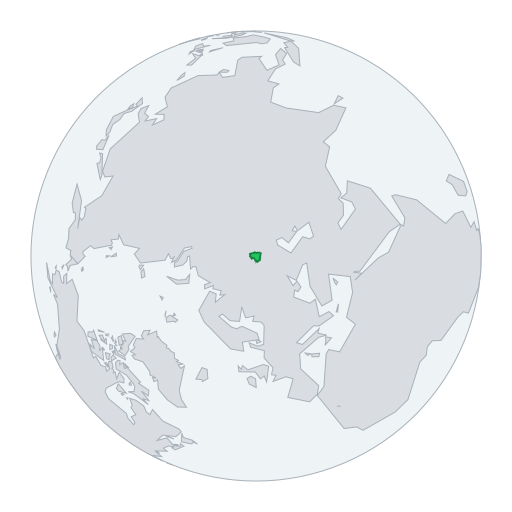 the Earth from above Samara, rotated 247°
{"feature_id": "RUS-2392", "entity_name": "Samara", "entity_type": "Region", "adm_level": 1, "iso_a3": "RUS", "parent_name": "Russia", "parent_adm1": "", "projection": "orthographic", "projection_center": [50.566, 53.218], "detail": "fine", "context": "on_globe", "style": "filled", "palette": "green", "viewbox_px": 512, "rotation_deg": 247, "n_neighbors": 0, "source": "natural_earth", "source_scale": "10m", "svg_char_len": 13306}
<svg xmlns="http://www.w3.org/2000/svg" viewBox="0 0 512 512"><g transform="rotate(247 256 256)"><circle cx="256" cy="256" r="225" fill="#eef3f6" stroke="#a8b0b8"/><path d="M232.0,32.0L240.9,31.7L243.6,35.6L237.7,35.2L239.0,36.6L246.5,37.3L251.0,37.5L265.6,46.5L289.3,54.5L299.8,54.6L295.1,56.9L317.1,55.9L331.9,60.7L313.3,56.9L309.9,57.9L319.0,61.7L317.5,63.6L321.1,66.6L318.5,68.7L307.8,66.9L305.9,68.3L312.5,71.0L314.0,75.1L304.7,70.9L306.4,77.7L288.9,76.9L266.0,65.7L254.3,68.6L225.6,66.5L226.3,69.2L215.8,70.6L212.7,74.4L208.2,73.4L209.6,77.3L214.3,77.6L216.4,79.6L215.0,81.9L209.1,80.9L208.9,79.5L206.5,80.5L204.1,79.0L204.5,81.1L197.5,79.8L202.3,84.6L194.9,86.6L190.8,84.8L194.1,80.3L192.9,66.4L189.8,64.0L182.1,64.6L161.6,75.2L157.0,74.7L148.6,77.5L149.8,79.6L156.8,78.3L156.9,83.4L165.4,81.7L166.7,83.7L174.3,84.2L170.0,89.2L161.7,94.1L155.2,94.1L151.4,96.4L155.1,100.8L140.5,105.7L126.7,117.6L123.3,118.5L121.1,111.7L127.6,100.0L124.8,92.8L123.4,102.9L114.8,105.8L112.1,108.7L110.7,111.9L112.7,113.1L109.1,115.4L109.1,105.9L112.4,103.6L112.4,106.5L115.3,101.2L115.3,95.6L111.0,97.9L115.5,88.2L112.5,89.9L111.8,88.9L116.3,86.8L108.3,90.7L112.9,82.8L103.6,90.1L105.8,88.1L116.2,79.5L123.4,74.0L131.2,68.4L130.6,68.8L146.1,59.3L162.3,51.1L179.1,44.2L196.4,38.7L214.1,34.7L232.0,32.0ZM98.1,95.4L100.9,92.7L98.5,95.1L98.1,95.4ZM253.3,37.4L246.8,37.2L240.6,36.1L246.2,35.9L253.3,37.4ZM264.8,40.9L261.3,41.0L260.2,38.9L262.5,39.4L264.8,40.9ZM307.7,54.5L302.6,52.9L308.0,53.9L307.7,54.5ZM322.0,66.7L323.9,66.7L324.9,68.3L322.0,66.7ZM176.1,81.4L175.2,82.7L174.3,81.9L176.1,81.4ZM180.3,80.5L179.9,78.6L181.8,77.9L182.0,79.0L180.3,80.5ZM321.9,73.1L323.0,76.0L320.1,72.7L321.9,73.1ZM180.4,83.0L185.2,76.8L188.6,75.7L192.2,79.3L180.4,83.0ZM322.4,77.5L325.1,85.0L329.6,85.3L318.5,89.0L319.8,81.2L315.5,76.9L320.0,78.5L322.4,77.5ZM216.3,76.7L211.3,76.5L216.8,74.6L216.3,76.7ZM219.3,75.0L233.1,67.0L239.8,68.8L233.8,71.0L243.6,71.8L240.1,76.6L233.9,77.2L230.3,75.0L231.7,78.6L219.3,75.0ZM311.9,90.0L310.9,91.7L309.9,89.6L311.9,90.0ZM217.7,80.2L219.9,78.3L225.9,79.6L222.6,83.7L221.7,81.9L217.7,80.2ZM247.9,69.9L251.7,71.8L249.9,76.1L251.2,77.5L240.6,76.9L247.9,69.9ZM219.6,82.9L220.7,85.8L216.6,87.4L216.0,82.2L219.6,82.9ZM228.8,78.3L231.5,79.2L228.9,80.0L228.8,78.3ZM202.7,95.2L205.2,92.6L208.6,93.0L202.7,95.2ZM221.4,86.8L222.8,86.3L224.4,86.2L224.3,88.5L221.4,86.8ZM240.1,80.1L238.5,81.6L244.3,80.5L243.2,83.9L236.3,83.0L238.8,84.8L238.5,85.9L233.3,84.0L240.1,80.1ZM229.0,90.7L219.8,91.1L214.5,95.7L211.4,95.3L220.5,88.1L229.0,90.7ZM231.9,86.9L229.4,89.2L226.8,87.5L227.0,84.9L231.9,86.9ZM245.0,86.7L248.4,81.6L249.8,82.0L245.0,86.7ZM227.9,92.4L230.1,92.2L227.8,92.9L227.9,92.4ZM240.3,88.7L241.3,86.8L242.9,87.3L240.3,88.7ZM233.7,93.7L230.8,93.8L230.8,92.0L233.7,93.7ZM237.2,91.7L239.0,92.8L232.6,91.3L237.4,90.7L237.2,91.7ZM241.6,89.5L242.8,89.2L240.9,90.2L241.6,89.5ZM235.4,100.8L227.2,99.3L227.3,95.2L235.2,97.1L235.4,100.8ZM154.2,457.0L153.4,456.6L139.9,448.4L120.4,429.2L123.6,425.2L120.9,418.0L106.0,393.2L109.1,385.2L105.6,378.3L98.1,373.9L94.3,365.3L89.9,361.6L64.4,339.7L58.0,323.2L53.7,286.5L59.3,281.9L62.8,269.7L103.6,258.0L109.4,267.6L138.4,282.3L141.5,286.4L135.1,295.5L154.4,320.9L164.2,315.4L184.7,330.7L200.2,334.7L211.0,315.7L185.6,308.8L184.2,297.1L206.9,293.9L229.6,299.9L229.8,295.7L217.9,283.5L225.7,276.9L214.1,278.6L216.9,283.9L209.8,285.3L206.8,280.6L209.6,278.3L203.5,274.7L191.5,287.1L193.0,293.8L175.4,290.5L176.3,301.4L170.7,304.1L167.0,286.7L169.3,281.6L160.4,259.4L156.4,264.3L164.6,285.8L160.9,282.7L155.5,290.2L156.7,282.1L148.9,258.0L134.7,253.0L112.2,263.1L104.9,258.6L100.8,248.4L113.4,230.0L128.4,242.2L133.1,236.5L133.9,222.7L138.4,227.8L140.6,223.9L146.6,228.0L158.9,223.6L165.6,226.7L174.1,215.5L178.7,215.8L172.4,222.2L171.6,228.5L188.7,236.3L193.1,235.1L197.2,227.4L201.4,230.8L203.2,222.3L214.8,223.0L202.2,215.3L206.7,206.8L215.7,202.4L214.9,198.3L200.2,205.6L196.5,209.8L196.8,215.6L184.5,226.8L177.8,226.2L182.1,209.8L173.1,207.5L180.4,196.3L215.5,182.5L228.3,182.1L241.7,199.6L236.7,204.5L229.3,200.5L232.7,212.2L234.1,207.4L237.6,210.4L242.8,203.5L245.5,205.4L245.8,195.8L249.7,197.4L249.4,203.4L260.5,195.2L269.6,196.6L270.8,193.9L269.5,190.6L281.9,194.9L282.2,192.7L278.3,190.4L276.3,184.8L277.8,176.6L282.0,178.6L282.1,181.7L288.5,191.6L288.0,200.2L289.9,200.3L291.3,193.3L283.5,181.1L283.1,175.7L287.7,180.8L286.0,178.5L287.2,176.5L292.3,176.4L287.7,170.6L294.7,146.9L305.3,144.8L308.6,151.7L318.0,138.6L329.2,138.2L325.5,136.0L327.5,128.8L324.0,128.8L322.4,127.2L326.1,109.9L330.2,107.6L327.6,98.5L325.7,97.5L322.5,98.6L318.5,89.0L329.6,85.3L333.3,87.7L337.8,84.2L345.6,90.5L354.1,94.4L360.1,104.0L366.4,106.6L367.4,104.9L376.6,107.5L392.1,119.4L375.1,117.0L350.9,102.6L360.4,108.8L356.9,109.7L359.5,113.5L366.3,118.0L367.9,117.1L371.8,137.7L385.5,155.7L387.8,147.8L393.9,147.8L411.5,163.6L424.7,201.0L433.0,203.1L436.7,207.8L436.3,216.0L431.0,209.2L426.5,211.5L423.6,206.7L421.3,218.2L417.0,211.8L417.3,224.3L422.2,226.8L425.9,218.7L428.0,232.8L437.6,234.2L443.8,243.6L444.7,273.2L438.1,290.2L438.7,294.0L433.4,295.0L430.3,307.0L443.4,315.7L444.4,320.7L437.6,339.2L436.7,335.9L422.7,338.6L422.9,352.0L433.6,352.6L437.4,359.8L430.4,363.3L426.3,357.2L421.3,357.8L420.6,347.1L412.6,335.3L405.4,344.3L404.0,337.6L391.9,329.7L380.4,341.7L363.5,369.7L364.4,386.5L357.2,396.6L340.5,378.5L334.8,362.6L327.7,366.4L311.4,354.9L280.1,358.8L276.7,354.2L270.6,356.9L259.3,352.4L254.5,344.3L247.2,344.7L260.4,365.9L268.3,365.3L276.4,356.8L278.5,364.1L289.5,369.5L273.7,387.8L228.9,401.2L226.3,388.2L201.4,345.7L203.2,341.3L203.1,340.8L202.9,339.8L198.8,346.5L195.2,337.6L206.5,368.0L207.7,379.5L228.2,401.9L225.9,403.6L233.0,408.0L258.1,404.4L257.9,408.4L244.9,425.8L211.8,443.3L217.2,455.7L216.6,463.9L198.4,465.0L202.4,470.1L193.3,469.2L194.4,471.0L188.4,470.4L177.7,467.2L175.3,466.3L154.2,457.0ZM86.4,271.8L84.6,275.1L86.4,271.8ZM251.7,316.7L266.5,317.9L263.0,304.0L268.4,303.5L265.2,299.1L262.7,303.1L255.4,291.0L262.8,287.1L262.7,280.9L257.7,280.2L245.1,289.4L255.5,306.5L250.8,312.0L251.7,316.7ZM96.3,97.3L97.0,96.6L98.7,95.0L96.3,97.3ZM114.8,106.3L114.7,107.1L112.7,110.5L112.3,109.1L114.8,106.3ZM111.4,125.3L105.7,128.7L109.6,125.1L108.0,123.6L114.1,114.6L121.9,118.5L117.3,118.2L111.4,125.3ZM124.4,104.2L119.6,109.1L124.5,103.6L124.4,104.2ZM146.6,199.8L147.4,204.3L143.2,207.6L134.8,204.8L140.7,199.8L146.6,199.8ZM149.5,210.0L156.1,195.1L161.7,196.6L157.4,198.2L160.4,200.7L154.4,204.0L153.2,220.5L149.5,224.6L135.9,216.5L142.4,216.7L141.2,212.1L149.5,210.0ZM163.3,158.0L166.2,152.6L174.4,162.7L170.7,166.7L162.0,163.8L161.3,157.5L163.3,158.0ZM185.9,91.0L186.5,88.9L188.1,89.1L189.0,91.0L185.9,91.0ZM203.6,93.9L185.0,100.3L184.7,98.2L174.2,104.9L169.3,102.1L176.4,97.8L164.7,100.9L169.1,95.9L161.3,98.8L177.5,89.4L181.0,85.3L178.9,90.8L183.2,93.4L186.1,93.3L197.0,90.2L206.7,83.1L212.5,84.9L214.1,88.1L212.7,90.0L209.3,88.1L209.8,92.1L203.9,91.0L203.6,93.9ZM229.0,129.5L225.7,125.6L225.7,135.2L219.7,133.3L220.1,134.5L214.6,135.6L208.6,139.1L206.4,137.5L205.0,139.6L201.4,140.5L198.7,142.9L193.8,141.0L190.1,143.8L189.8,141.3L184.9,146.9L186.4,141.9L181.8,142.9L182.8,147.2L162.4,132.8L152.8,131.3L144.0,132.9L147.6,124.7L158.2,118.2L171.5,114.1L180.2,117.0L180.3,113.0L184.5,113.3L182.7,116.4L188.0,111.9L191.0,113.1L202.8,110.6L208.6,104.0L213.0,103.1L212.3,106.3L217.2,103.2L218.8,108.7L222.0,108.3L226.8,113.5L223.5,120.2L227.3,119.3L231.1,123.5L229.0,129.5ZM236.5,102.4L233.8,110.3L229.3,113.4L222.9,103.1L219.7,102.7L215.5,96.7L222.2,92.5L222.8,94.6L224.9,95.6L222.0,96.5L225.9,96.6L226.9,99.6L230.2,100.5L228.4,102.8L236.5,102.4ZM146.9,284.6L149.6,286.6L154.4,288.6L151.1,293.5L146.9,284.6ZM141.3,268.2L144.0,269.0L141.7,276.5L138.8,274.5L141.3,268.2ZM147.5,263.3L144.4,268.5L144.4,264.5L147.5,263.3ZM175.1,222.6L178.3,223.1L177.9,225.1L175.2,227.2L175.1,222.6ZM227.7,159.0L226.5,155.9L227.9,155.2L229.9,148.1L234.5,149.1L235.1,153.8L227.7,159.0ZM205.6,318.2L200.0,321.1L198.1,318.6L200.4,318.1L205.6,318.2ZM173.3,308.0L179.8,313.2L172.4,309.3L173.3,308.0ZM233.0,158.9L233.2,155.8L235.3,158.3L233.0,158.9ZM237.9,149.5L240.7,151.8L235.3,148.4L237.9,149.5ZM255.7,465.5L243.6,476.2L232.8,475.5L229.4,472.5L232.9,465.9L245.1,464.4L250.7,460.5L255.7,465.5ZM462.6,343.9L464.8,339.5L464.5,340.3L462.6,343.9ZM460.4,347.0L463.3,341.6L459.5,349.2L460.4,347.0ZM464.3,339.5L467.2,332.6L468.5,329.2L468.0,330.8L464.3,339.5ZM458.2,350.7L444.7,369.7L438.8,375.4L440.6,371.5L450.2,360.3L458.2,350.7ZM440.1,372.1L430.5,376.4L413.8,370.7L419.9,366.4L436.6,363.7L435.6,366.6L441.5,365.1L440.1,372.1ZM461.7,332.9L460.6,339.8L453.6,350.1L450.2,353.9L447.8,349.6L449.2,343.9L452.2,340.2L461.2,311.0L464.8,308.8L462.7,319.5L465.5,320.2L461.7,332.9ZM365.6,387.6L371.5,394.3L367.3,397.7L365.6,387.6ZM462.9,294.5L460.6,307.2L462.1,293.0L462.9,294.5ZM462.7,282.9L463.8,285.8L461.6,285.3L462.7,282.9ZM440.4,298.8L437.3,303.6L436.4,301.3L439.6,293.9L440.4,298.8ZM448.5,251.7L451.9,259.0L452.5,262.3L449.5,259.9L448.5,251.7ZM272.2,165.9L264.4,174.5L261.8,181.9L265.0,187.8L257.1,183.4L261.1,171.9L272.2,165.9ZM291.5,148.9L288.6,144.2L292.0,144.1L293.2,145.1L291.5,148.9ZM288.2,147.6L280.6,146.0L280.4,142.0L286.4,144.0L288.2,147.6ZM256.6,152.0L254.0,154.4L252.3,152.3L256.6,152.0ZM467.9,332.2L471.6,320.8L472.9,316.5L467.9,332.2ZM479.3,285.6L478.7,289.4L478.5,289.5L479.5,282.8L477.8,289.7L479.8,278.5L480.0,280.0L480.8,269.8L480.9,268.2L479.3,285.6ZM474.7,305.6L474.4,307.5L473.7,308.8L474.7,305.6ZM475.7,301.5L477.5,295.5L475.4,303.5L475.7,301.5ZM467.2,318.3L468.1,319.9L471.2,310.9L468.8,319.4L470.3,320.8L469.3,324.5L468.0,322.6L466.5,330.8L465.1,333.6L464.9,329.5L466.7,319.5L468.1,313.7L473.2,300.3L467.2,318.3ZM475.9,297.1L475.3,294.7L475.7,290.3L476.4,290.5L475.9,297.1ZM472.4,289.9L469.5,289.7L467.8,296.3L470.3,279.6L472.8,282.5L472.4,289.9ZM468.4,282.6L467.0,288.7L467.9,280.0L468.4,282.6ZM466.0,288.0L464.8,284.8L466.5,281.9L466.0,288.0ZM469.4,280.5L468.1,273.3L469.8,275.3L469.4,280.5ZM461.6,277.7L466.9,276.7L461.6,283.4L456.9,271.3L458.8,267.0L461.6,277.7ZM443.9,203.1L441.0,200.3L441.4,195.7L443.3,198.9L443.9,203.1ZM440.2,179.2L440.6,193.6L440.4,205.7L442.5,204.7L446.2,213.0L440.7,211.1L437.8,198.1L438.7,190.1L434.8,183.9L433.0,175.4L427.1,169.9L425.0,164.9L430.6,167.6L440.2,179.2ZM424.5,167.9L413.7,156.6L416.4,151.0L419.4,152.2L423.3,159.6L421.6,162.1L424.5,167.9ZM411.9,152.3L410.2,154.8L390.6,145.7L387.2,142.5L403.5,145.8L402.7,148.4L407.1,151.8L411.9,152.3ZM313.4,92.3L311.2,91.7L313.1,91.0L313.4,92.3ZM320.5,127.4L318.6,125.1L321.0,124.1L320.5,127.4ZM314.8,118.4L313.4,121.1L313.1,117.5L314.8,118.4ZM310.6,127.5L312.0,121.8L313.2,128.4L310.6,127.5Z" fill="#d9dde1" stroke="#a8b0b8" stroke-width="1"/><path d="M257.9,250.3L257.9,250.5L258.1,250.6L258.2,250.4L258.3,250.4L258.5,250.7L258.8,250.8L259.1,250.8L259.1,251.0L259.3,251.2L259.4,251.3L259.4,251.5L259.5,251.5L259.5,251.4L259.7,251.2L259.8,251.1L260.0,251.1L260.3,251.0L260.4,251.3L260.5,251.4L260.5,251.6L260.4,251.6L260.2,251.6L259.9,251.6L259.8,251.8L260.0,251.9L260.1,252.0L259.9,252.3L260.0,252.4L260.3,252.5L260.3,252.8L260.2,252.9L260.2,253.0L260.3,253.1L260.2,253.3L260.1,253.6L260.0,253.9L259.9,254.1L259.9,254.3L259.8,254.6L259.7,254.6L259.5,254.8L259.6,255.0L259.8,255.3L259.8,255.5L259.7,255.6L259.8,255.8L259.7,255.9L259.7,256.0L259.5,256.3L259.8,256.4L259.7,256.5L259.5,256.8L259.4,256.9L259.2,257.0L259.0,257.3L258.9,257.3L258.7,257.5L258.8,257.6L258.8,257.8L258.8,258.0L258.7,258.2L258.4,258.1L258.3,258.3L258.3,258.5L258.2,258.5L258.2,258.8L258.3,258.9L258.4,259.0L258.2,259.1L258.2,259.3L258.0,259.6L258.0,259.8L258.1,260.4L257.9,260.5L257.4,260.9L257.3,261.0L257.2,261.1L256.8,261.4L256.5,261.7L256.4,261.6L256.4,261.4L256.4,261.2L256.2,261.0L256.0,260.9L255.9,260.9L255.6,260.8L255.5,260.7L255.4,260.6L255.2,260.6L255.1,260.4L255.0,260.2L254.8,260.2L254.7,260.0L254.2,260.0L254.0,259.7L253.9,259.6L253.7,259.5L253.8,259.4L253.7,259.3L253.6,259.2L253.5,259.3L253.5,259.5L253.4,259.5L253.3,259.3L253.3,259.2L253.2,259.2L253.1,258.9L252.9,258.8L252.7,258.8L252.4,258.8L252.2,258.8L252.1,259.0L251.9,258.8L251.9,258.7L251.6,258.5L251.6,258.3L251.5,258.2L251.4,258.2L251.2,258.1L250.8,258.1L250.7,258.1L250.8,257.9L250.9,257.7L251.2,257.5L251.3,257.4L251.3,257.1L251.2,256.9L250.8,256.9L250.7,256.8L250.8,256.6L250.6,256.5L250.5,256.8L250.3,256.6L250.3,256.4L250.4,256.2L250.2,256.1L250.2,255.9L250.2,255.7L249.9,255.4L249.9,255.2L250.0,255.2L250.1,254.9L250.4,254.9L250.5,255.1L250.6,254.9L250.7,255.0L250.9,254.9L250.9,254.7L251.0,254.5L250.9,254.4L250.8,254.2L251.0,254.3L251.1,254.2L251.3,254.2L251.2,254.1L251.1,253.9L251.5,253.9L252.0,254.0L252.2,253.8L252.4,253.5L252.4,253.4L253.1,253.5L253.2,253.4L253.3,253.4L253.7,253.5L253.8,253.5L254.1,253.5L254.1,253.4L254.3,253.4L254.3,253.5L254.7,253.6L254.8,253.6L254.8,253.4L254.7,253.4L254.6,253.2L254.8,253.0L254.9,252.9L255.1,252.8L255.2,252.6L255.2,252.4L255.3,252.0L255.3,251.8L255.3,251.7L255.2,251.4L255.0,251.2L254.9,251.0L254.9,250.9L255.0,250.9L255.2,251.0L255.3,251.2L255.5,251.1L255.8,251.3L255.9,251.5L256.0,251.6L256.1,251.4L256.3,251.3L256.3,251.2L256.4,251.3L256.6,251.4L256.7,251.5L256.8,251.5L256.9,251.4L257.0,251.3L257.0,251.2L257.0,250.9L257.2,250.7L257.3,250.6L257.4,250.4L257.5,250.4L257.9,250.3ZM260.0,255.3L260.0,255.5L259.9,255.4L260.0,255.3Z" fill="#22c55e" stroke="#15803d" stroke-width="1.5"/></g></svg>